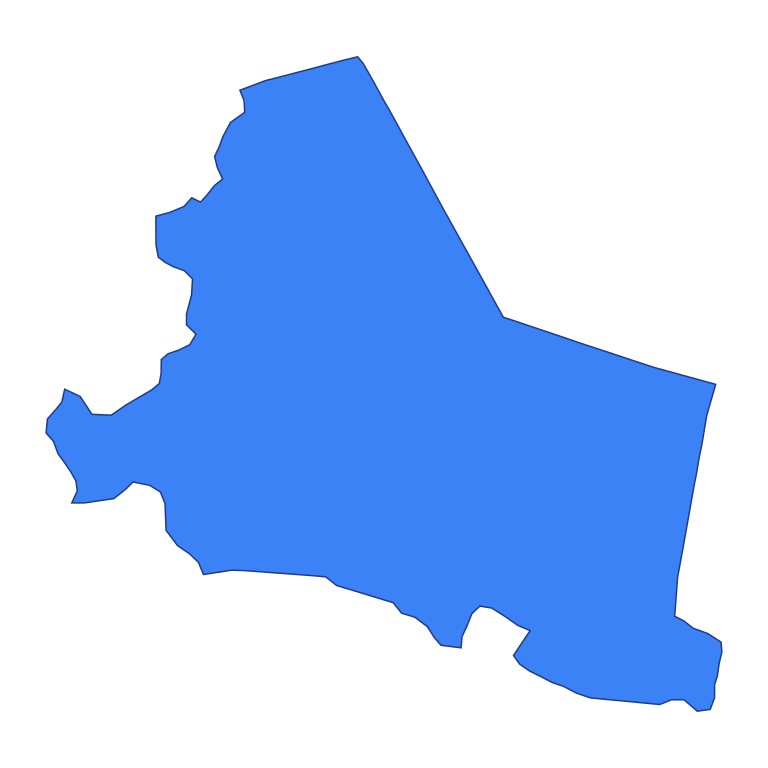 São Gonçalo dos Campos, Bahia, Brazil (orthographic projection)
{"feature_id": "56859067B25678921595357", "entity_name": "São Gonçalo dos Campos", "entity_type": "district", "adm_level": 2, "iso_a3": "BRA", "parent_name": "Brazil", "parent_adm1": "Bahia", "projection": "orthographic", "projection_center": [-38.961, -12.408], "detail": "fine", "context": "isolated", "style": "filled", "palette": "blue", "viewbox_px": 768, "rotation_deg": 0, "n_neighbors": 0, "source": "geoboundaries", "source_scale": "gbopen_adm2", "svg_char_len": 1761}
<svg xmlns="http://www.w3.org/2000/svg" viewBox="0 0 768 768"><path d="M71.8,502.9L84.8,502.9L97.4,501.0L113.8,498.6L125.5,489.4L133.0,482.0L149.6,485.3L160.4,492.0L165.0,503.5L166.1,530.4L177.6,545.7L189.4,553.7L198.4,562.3L203.5,574.5L231.6,570.2L244.6,570.6L314.5,575.8L325.8,576.9L336.6,585.5L349.2,589.3L393.2,602.7L401.6,613.2L414.7,617.1L427.3,626.6L434.4,637.7L441.0,645.3L450.7,646.5L461.1,647.8L462.0,636.7L467.1,625.7L471.8,613.8L479.9,606.1L491.6,608.0L504.7,616.2L517.8,625.4L530.1,630.6L513.5,655.5L519.7,664.2L529.5,671.0L540.8,676.6L552.0,682.4L563.3,686.3L576.4,693.1L590.5,697.9L659.8,704.5L671.3,699.8L684.1,699.8L697.3,711.2L710.2,709.4L714.6,697.8L714.6,684.5L717.3,676.3L719.2,663.2L721.9,651.8L721.0,642.1L707.9,633.6L693.1,628.2L684.1,621.1L674.7,616.2L677.6,577.4L683.3,546.3L694.4,483.9L696.3,474.7L699.2,457.5L701.9,444.4L706.7,415.6L715.7,384.4L653.2,367.2L599.4,349.4L577.8,342.3L557.7,335.4L503.3,317.2L475.2,266.4L443.2,208.8L423.7,172.7L404.3,137.4L389.9,111.0L383.7,100.3L373.5,81.6L367.8,71.5L363.2,63.5L357.6,56.8L344.8,59.9L330.9,63.5L309.2,69.3L265.2,80.7L239.9,90.2L244.1,100.7L244.7,112.3L230.5,122.4L223.1,136.2L218.9,147.5L214.6,156.4L217.3,167.5L222.6,179.1L214.6,185.4L207.1,194.9L200.5,202.1L191.7,197.8L184.1,206.4L169.6,212.5L155.9,216.1L155.9,227.1L156.0,244.9L158.3,257.2L165.5,262.6L173.5,266.8L184.3,270.7L192.5,278.9L191.6,294.8L186.5,313.9L186.5,324.9L196.0,334.1L189.8,344.7L179.0,350.0L168.2,353.7L161.3,359.5L161.1,373.5L159.3,383.6L151.8,389.8L139.7,396.9L126.6,404.6L111.1,415.2L91.9,414.3L85.3,404.2L80.2,396.5L64.7,389.2L61.8,402.1L56.3,408.9L47.4,419.0L46.1,433.0L53.4,441.2L58.1,453.9L63.3,460.9L70.7,471.7L75.9,480.9L77.3,491.0L71.8,502.9Z" fill="#3b82f6" stroke="#1e3a8a" stroke-width="1.5"/></svg>